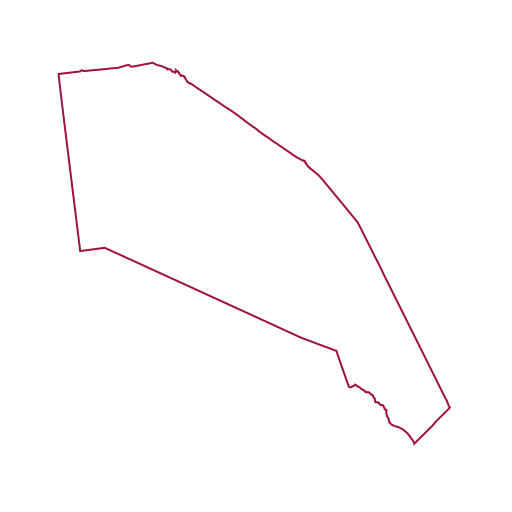 North Horr, Eastern, Kenya, rotated 353°
{"feature_id": "3690345B4448118045148", "entity_name": "North Horr", "entity_type": "district", "adm_level": 2, "iso_a3": "KEN", "parent_name": "Kenya", "parent_adm1": "Eastern", "projection": "equal_earth", "projection_center": [38.048, 3.18], "detail": "fine", "context": "isolated", "style": "outline", "palette": "rose", "viewbox_px": 512, "rotation_deg": 353, "n_neighbors": 0, "source": "geoboundaries", "source_scale": "gbopen_adm2", "svg_char_len": 5430}
<svg xmlns="http://www.w3.org/2000/svg" viewBox="0 0 512 512"><g transform="rotate(353 256 256)"><path d="M427.5,422.1L426.8,420.7L426.2,418.8L425.1,415.9L421.4,405.4L420.7,403.5L420.0,401.4L418.5,397.0L417.6,394.7L415.8,389.5L414.8,386.8L412.9,381.3L403.1,353.6L400.6,346.6L391.8,321.7L380.4,289.5L379.0,285.1L378.3,283.0L375.3,274.7L374.5,272.7L370.8,262.2L362.5,239.0L361.8,237.1L361.1,235.2L354.9,225.3L330.5,187.0L329.5,185.7L328.5,184.2L326.1,181.5L325.1,180.4L323.6,178.8L322.2,177.3L321.6,176.7L320.7,176.2L320.3,175.7L320.2,175.3L320.0,174.6L319.5,174.6L319.2,174.2L318.8,173.8L318.7,173.2L318.2,172.9L317.9,172.1L317.3,171.3L317.1,170.7L316.9,169.7L316.5,169.8L316.0,167.6L315.4,167.6L314.9,166.9L314.2,167.1L311.0,164.8L309.0,163.4L307.1,161.8L305.3,160.4L304.3,159.4L303.3,158.5L301.2,156.6L299.4,155.1L296.8,152.8L295.5,151.6L292.0,148.5L291.4,147.9L289.4,146.3L287.3,144.5L285.7,143.0L281.6,139.2L280.0,138.0L278.0,136.1L276.6,134.8L274.3,132.7L273.0,131.6L273.0,131.1L271.1,129.3L269.6,128.0L265.6,124.5L261.9,120.9L255.4,114.5L254.4,113.6L249.9,109.5L247.9,107.8L246.8,106.9L246.6,106.8L246.6,106.6L246.4,106.2L245.9,106.0L245.4,105.8L244.0,104.6L243.6,104.2L242.5,103.3L236.2,97.8L234.0,95.9L233.2,95.2L231.2,93.4L227.4,90.1L226.7,89.5L225.2,88.1L224.2,87.2L222.4,85.8L220.9,84.4L219.4,83.2L214.5,78.9L213.6,78.0L211.8,76.5L211.3,76.8L210.9,76.5L210.0,75.6L209.1,74.7L208.9,74.2L207.3,70.7L207.2,70.2L207.0,70.3L206.8,69.8L206.5,69.2L206.3,68.7L205.2,68.1L204.9,67.9L204.1,67.8L203.4,68.1L203.3,67.9L203.2,67.8L203.2,67.4L202.6,66.5L202.1,65.7L202.1,65.1L201.6,64.6L201.3,64.4L201.2,63.5L200.8,63.7L200.2,63.2L199.3,61.9L199.2,62.5L198.9,63.1L198.1,64.2L197.5,63.4L197.1,63.1L196.8,62.9L196.0,63.1L195.4,62.4L195.2,62.4L195.2,62.2L194.2,61.0L194.1,60.9L193.9,60.4L193.1,60.3L192.6,59.9L190.7,60.0L190.7,59.8L190.7,59.1L184.8,55.7L181.2,54.5L176.9,51.6L173.4,51.9L169.4,52.1L161.8,52.7L159.6,52.8L157.4,53.0L155.1,52.9L153.2,50.9L150.9,50.9L141.5,52.5L137.8,52.2L132.9,52.1L131.4,52.2L126.2,52.0L124.0,51.9L122.1,51.9L115.9,51.7L107.7,51.5L106.6,50.9L105.6,50.4L104.0,51.4L82.2,51.3L82.0,79.1L82.0,114.9L82.1,229.7L106.8,229.4L251.7,318.5L290.8,342.6L303.3,349.1L307.8,351.5L319.7,357.6L322.8,359.3L324.2,359.9L327.0,373.2L332.2,397.0L332.3,397.1L333.0,397.6L333.5,397.8L333.8,397.9L334.1,397.9L334.5,397.8L334.6,397.7L335.0,397.4L335.7,397.3L336.1,397.3L336.2,397.2L336.6,397.0L336.9,396.8L337.1,396.7L337.4,396.5L337.7,396.6L337.9,396.5L338.0,396.5L338.1,396.4L338.3,396.2L338.6,395.9L338.7,396.1L338.8,396.1L339.2,396.2L339.4,396.3L339.5,396.3L339.7,396.5L339.8,396.6L340.2,397.1L340.4,397.5L340.6,397.7L340.7,397.8L340.9,397.9L341.3,398.0L341.7,398.2L342.5,398.6L342.7,398.8L343.6,399.9L344.0,400.4L344.1,400.5L344.9,401.2L345.3,401.5L345.7,401.8L345.8,401.9L346.2,402.1L346.4,402.1L346.5,402.2L346.7,402.3L346.9,402.6L347.1,403.0L347.4,403.2L347.6,403.3L347.8,403.6L347.9,403.9L348.0,404.3L348.1,404.5L348.3,404.5L348.7,404.5L348.9,404.5L349.1,404.6L349.3,404.7L349.9,404.8L350.0,404.8L350.2,404.7L350.4,405.0L350.5,405.1L350.8,404.9L350.9,405.0L351.1,405.0L351.3,405.2L351.7,405.3L351.9,405.5L352.0,405.7L352.1,405.8L352.3,405.9L352.4,406.0L352.7,406.3L352.8,406.4L352.9,406.7L353.0,406.8L353.0,407.0L353.1,407.4L353.6,407.5L353.9,407.8L354.0,407.8L354.5,408.1L354.8,408.3L354.9,408.5L355.0,408.7L355.0,408.8L355.2,409.6L355.2,409.8L355.3,410.0L355.5,410.3L355.5,410.8L355.6,411.0L355.8,411.1L356.0,411.2L356.2,411.3L356.3,411.5L356.5,412.1L356.5,412.4L356.5,412.9L356.5,413.1L356.5,413.9L356.5,414.8L356.5,415.1L356.7,415.4L356.8,415.6L357.0,415.6L357.4,415.8L357.5,415.8L357.9,415.9L358.0,416.0L358.4,416.2L358.5,416.1L358.8,415.9L359.0,415.9L359.1,416.0L359.3,416.1L359.5,416.3L359.8,416.4L360.0,416.5L360.0,416.8L360.2,417.3L360.3,417.5L360.5,417.8L360.6,418.1L360.8,418.2L360.9,418.3L361.0,418.4L361.1,418.5L361.4,419.0L361.5,419.1L361.8,419.3L362.0,419.4L362.4,419.4L362.5,419.4L362.9,419.3L363.1,419.3L363.3,419.4L363.7,419.7L363.9,419.8L364.0,419.8L364.2,420.1L364.2,420.3L364.3,420.9L364.4,421.3L364.5,421.6L364.8,421.9L364.8,422.1L364.8,422.4L364.9,422.5L365.1,422.7L365.1,422.9L365.1,423.0L365.1,423.4L365.1,423.6L365.3,423.9L365.5,424.1L366.5,424.6L366.7,424.8L366.8,425.1L366.7,425.3L366.5,425.8L366.5,426.0L366.4,426.5L366.3,427.3L366.3,427.7L366.2,428.0L366.1,428.5L366.4,428.9L366.4,429.1L366.4,429.4L366.4,429.9L366.4,430.1L366.6,430.6L366.6,430.8L366.7,431.3L366.8,431.4L366.9,431.5L367.0,431.7L367.0,432.1L367.4,432.8L367.5,432.9L367.5,433.2L367.6,433.4L367.6,433.5L367.8,433.9L367.8,434.0L367.8,434.5L368.0,435.1L367.9,435.6L368.0,435.7L368.0,436.0L368.1,436.3L368.0,436.8L368.0,437.0L368.1,437.5L368.6,438.0L368.9,438.5L369.3,439.0L369.5,439.2L369.7,439.5L369.9,439.8L370.0,439.9L370.3,440.1L370.6,440.3L370.8,440.4L371.0,440.5L371.3,440.7L371.6,440.9L371.9,441.1L372.1,441.3L372.6,441.6L374.3,442.3L375.4,442.8L377.3,443.6L379.1,444.9L379.9,445.5L380.6,445.9L381.7,447.1L382.7,448.1L383.7,449.3L384.4,450.1L385.1,451.1L385.5,451.9L386.1,452.8L386.7,453.6L387.2,454.6L387.6,455.6L388.0,456.3L388.9,457.6L389.5,458.8L390.1,460.5L390.2,461.6L396.8,456.5L397.6,455.9L400.9,453.3L408.7,447.3L409.3,446.8L410.1,446.2L411.5,445.0L414.9,441.8L421.8,436.5L428.9,431.0L430.0,430.0L429.7,429.5L429.3,429.0L429.2,428.8L428.8,427.5L428.8,427.3L428.8,427.0L428.7,426.5L428.5,425.7L428.4,425.4L428.2,424.7L427.9,423.6L427.8,422.9L427.5,422.1Z" fill="none" stroke="#9f1239" stroke-width="2"/></g></svg>